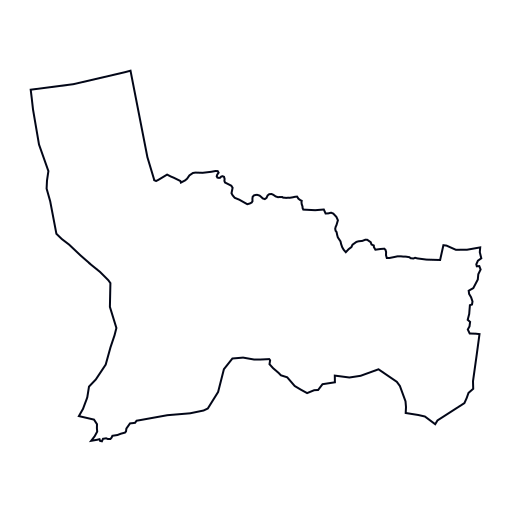 Dan Musa, Katsina, Nigeria (Albers equal-area conic projection)
{"feature_id": "59680162B93375949891062", "entity_name": "Dan Musa", "entity_type": "district", "adm_level": 2, "iso_a3": "NGA", "parent_name": "Nigeria", "parent_adm1": "Katsina", "projection": "albers", "projection_center": [7.324, 12.26], "detail": "fine", "context": "isolated", "style": "outline", "palette": "ink", "viewbox_px": 512, "rotation_deg": 0, "n_neighbors": 0, "source": "geoboundaries", "source_scale": "gbopen_adm2", "svg_char_len": 3342}
<svg xmlns="http://www.w3.org/2000/svg" viewBox="0 0 512 512"><path d="M464.4,403.1L466.7,398.0L468.5,392.9L473.2,388.8L473.0,381.2L476.7,354.8L479.5,334.1L475.7,333.7L469.7,333.5L467.8,329.5L469.5,326.4L470.1,321.9L467.7,319.8L469.2,314.0L469.9,305.2L472.0,304.5L472.5,301.5L471.1,297.3L469.1,293.9L468.7,290.7L473.3,288.1L475.5,283.9L477.8,279.5L478.3,274.2L480.6,269.5L479.3,266.1L476.8,266.3L476.3,264.3L477.9,260.7L481.3,258.3L479.8,252.2L480.2,247.4L467.2,249.7L455.9,249.8L446.5,245.6L443.4,245.2L440.1,260.0L426.5,259.6L417.3,258.4L415.1,257.8L413.4,258.5L410.6,258.2L409.4,257.2L406.3,256.7L405.3,256.6L404.5,256.6L403.2,256.6L400.7,256.3L397.6,256.3L394.4,257.0L389.4,258.0L386.8,258.0L386.0,255.2L386.1,252.0L385.5,249.9L384.3,248.7L380.4,249.0L375.4,249.7L373.9,247.1L373.8,245.5L371.5,244.5L370.7,242.2L368.4,240.6L367.3,239.8L365.4,239.7L362.3,240.9L358.5,241.3L356.4,241.9L352.5,244.7L351.4,247.1L348.6,249.2L345.8,252.2L343.7,249.8L342.2,247.2L341.1,244.0L340.5,241.4L337.8,237.3L337.1,234.7L336.8,233.1L336.5,231.9L335.6,230.8L335.2,228.8L335.7,226.7L336.4,225.3L337.9,220.3L336.4,216.9L333.3,213.6L331.1,212.7L328.2,213.4L325.6,213.5L323.8,209.5L315.2,210.2L303.3,209.6L302.6,208.1L302.5,206.5L301.7,204.1L301.5,202.5L301.7,200.8L300.4,200.2L298.4,198.7L297.1,196.6L294.9,196.8L292.8,197.3L291.0,197.6L289.7,197.8L288.1,197.7L286.4,197.9L284.3,197.7L283.2,197.7L282.2,197.0L281.0,197.1L279.8,197.0L278.0,197.2L275.6,196.4L273.3,194.8L271.5,194.0L269.2,194.2L267.6,195.5L266.5,197.9L264.8,199.1L262.7,198.4L261.5,197.2L259.6,195.6L257.4,194.9L256.0,194.9L254.1,195.3L252.7,196.7L252.4,198.8L252.5,201.2L251.7,202.5L249.8,203.5L247.3,204.2L243.9,202.3L239.3,199.7L234.7,197.8L232.6,195.3L231.5,193.2L232.6,187.8L231.3,185.7L225.0,182.5L224.4,180.9L224.6,178.9L224.0,176.8L222.5,176.2L221.2,176.6L220.0,177.8L218.8,177.9L217.4,177.6L216.7,176.3L217.2,174.7L218.6,172.7L217.7,171.1L215.5,171.0L211.2,171.8L202.7,172.8L195.4,172.6L192.9,173.0L189.4,175.4L187.1,178.7L185.1,180.4L180.9,182.6L180.4,181.0L173.7,177.7L170.8,176.5L167.1,174.6L158.3,179.9L156.1,181.0L154.2,180.2L153.9,178.8L147.4,157.2L130.5,70.7L124.9,72.2L73.3,84.2L30.7,89.7L31.7,97.9L33.0,109.4L39.0,144.5L48.4,171.1L47.0,180.5L46.6,188.6L50.2,201.3L56.4,233.8L61.9,239.1L69.1,244.6L80.5,255.4L86.0,260.2L89.7,263.4L89.6,263.5L100.0,271.9L108.3,280.2L110.4,283.1L109.9,306.9L116.4,328.0L114.5,335.4L110.5,347.3L105.7,364.6L95.8,379.5L89.0,386.6L87.3,397.2L86.7,399.0L85.0,403.5L83.0,408.9L80.7,412.9L78.9,416.1L94.0,419.6L97.0,424.2L96.9,428.1L97.2,431.6L94.7,436.2L91.2,440.8L97.0,439.8L99.5,439.2L100.1,440.9L101.9,441.3L103.0,438.8L106.1,438.3L107.8,439.0L110.4,439.0L111.6,437.6L112.4,435.8L117.5,435.0L120.9,433.7L125.0,432.6L126.0,431.4L126.4,428.5L128.4,425.7L130.0,423.4L132.9,423.1L135.1,422.8L135.7,421.9L136.6,420.7L140.2,420.1L167.4,415.2L190.1,413.3L203.6,410.5L207.8,408.5L218.1,392.0L223.9,369.2L232.4,358.5L243.1,357.6L253.9,359.5L261.1,359.5L269.2,359.1L270.1,360.3L269.5,364.2L273.0,368.1L278.7,373.0L280.9,375.3L287.2,377.3L294.7,386.0L300.9,389.7L307.1,393.1L314.2,390.2L318.1,390.0L322.5,384.2L334.9,382.3L334.8,375.6L349.4,377.5L360.6,375.8L378.5,369.3L396.8,381.8L399.9,386.0L405.5,401.3L406.0,407.1L405.7,413.0L415.8,414.6L418.3,415.0L424.9,416.5L435.2,424.2L437.5,420.4L464.4,403.1Z" fill="none" stroke="#020617" stroke-width="2"/></svg>